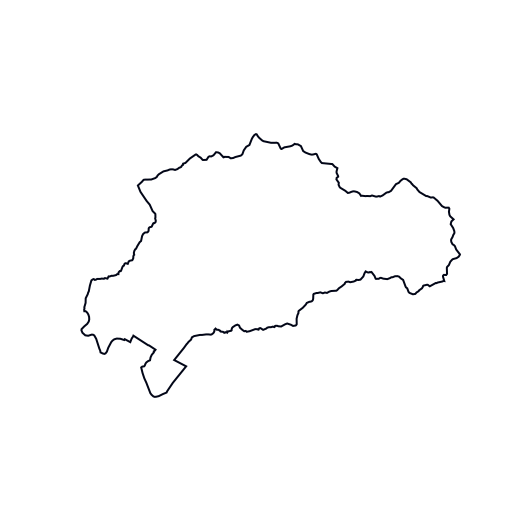 Atel, Sibiu, Romania, rotated 236°
{"feature_id": "2599482B64113927200827", "entity_name": "Atel", "entity_type": "district", "adm_level": 2, "iso_a3": "ROU", "parent_name": "Romania", "parent_adm1": "Sibiu", "projection": "robinson", "projection_center": [24.475, 46.158], "detail": "fine", "context": "isolated", "style": "outline", "palette": "ink", "viewbox_px": 512, "rotation_deg": 236, "n_neighbors": 0, "source": "geoboundaries", "source_scale": "gbopen_adm2", "svg_char_len": 6114}
<svg xmlns="http://www.w3.org/2000/svg" viewBox="0 0 512 512"><g transform="rotate(236 256 256)"><path d="M175.9,440.3L180.3,439.2L182.0,439.4L184.8,440.7L187.0,442.7L188.3,442.8L190.2,439.9L191.4,439.1L193.4,438.1L200.1,437.4L205.1,436.0L205.7,435.5L206.7,433.6L209.9,431.5L210.5,430.6L217.6,427.3L221.0,426.9L222.3,427.1L227.0,425.7L228.3,425.7L228.8,425.4L230.5,425.5L235.4,423.8L237.4,421.9L237.7,420.5L237.5,417.8L236.8,415.3L237.3,412.2L234.5,404.4L234.7,401.7L235.3,400.6L235.6,399.4L235.4,394.8L235.9,392.1L236.9,391.5L237.7,389.3L238.3,388.5L241.3,386.0L241.7,384.2L243.8,381.4L244.2,380.5L247.0,377.2L247.1,376.7L250.1,376.7L252.5,375.6L254.4,373.9L255.3,372.7L255.9,370.8L256.2,369.0L256.9,367.4L260.1,366.5L265.5,364.0L266.5,363.9L268.9,364.3L270.4,365.6L274.5,365.5L275.7,366.6L275.8,368.5L276.4,368.8L279.9,369.3L281.1,370.1L283.3,372.6L286.1,371.2L289.5,370.7L296.2,362.6L297.6,362.3L301.4,362.3L306.3,363.2L306.9,363.0L307.3,362.7L308.3,359.9L309.1,358.6L310.8,357.1L314.2,354.8L316.6,353.8L322.0,354.7L325.2,353.1L326.4,351.5L327.4,350.7L327.2,349.4L327.3,347.5L327.8,345.7L330.2,340.3L330.4,337.1L330.6,336.8L331.5,336.6L336.7,337.4L337.6,337.1L338.7,336.1L339.1,335.2L341.5,331.7L347.0,326.4L348.4,325.7L352.3,324.7L354.2,324.5L356.5,324.6L357.1,324.1L357.2,322.3L356.3,319.7L355.4,318.0L351.7,312.6L352.0,309.0L350.4,304.9L348.1,301.8L347.7,300.1L347.8,299.3L349.6,294.2L350.0,291.9L351.1,289.7L353.4,288.7L355.9,285.2L355.7,285.1L356.0,284.2L361.4,283.4L363.0,282.5L364.4,280.9L363.4,277.6L363.3,276.5L363.6,274.5L364.6,273.3L364.8,272.1L363.4,268.8L364.8,266.4L365.5,265.5L368.5,265.1L370.9,264.0L372.7,263.7L373.7,263.2L373.9,262.7L373.8,255.7L372.6,249.5L373.3,247.2L372.4,246.5L372.4,245.1L371.7,243.8L371.8,242.7L372.1,241.9L372.0,239.4L372.6,237.0L374.4,235.5L375.5,233.8L376.0,232.7L376.4,230.6L377.9,226.6L378.1,221.2L377.7,219.2L377.1,218.3L376.9,216.2L378.0,211.9L381.5,206.5L382.0,205.4L381.3,202.8L380.5,197.5L373.8,196.1L362.7,196.1L358.0,196.6L351.0,195.4L347.4,196.1L347.0,196.0L344.2,194.2L343.7,193.5L341.2,192.6L340.3,191.7L340.0,190.2L340.5,189.6L340.5,189.0L338.7,186.0L338.7,185.5L339.3,183.9L339.2,183.1L338.9,182.5L336.9,181.0L336.4,179.8L336.4,179.0L337.3,177.6L337.6,176.8L337.3,174.6L336.2,172.7L332.7,169.1L332.5,167.3L330.6,163.2L329.1,160.6L329.1,159.6L328.2,157.9L326.8,156.4L325.1,155.7L325.0,155.0L324.4,154.2L322.8,153.0L321.9,151.6L321.7,151.0L322.6,148.9L322.7,147.5L321.2,145.3L322.8,144.1L323.1,143.1L322.9,142.4L321.9,141.1L322.0,140.0L321.6,139.2L319.2,135.8L319.1,135.3L319.7,134.6L319.3,133.1L318.9,132.5L317.9,131.8L318.6,130.7L318.4,129.5L318.8,128.3L319.6,126.2L320.3,125.4L320.9,123.1L321.5,122.4L320.3,120.2L322.0,118.6L322.3,118.0L322.1,117.4L322.3,117.0L323.6,115.4L323.9,114.4L325.8,111.5L325.9,110.1L326.3,109.0L327.6,108.6L327.9,107.5L327.8,105.9L324.4,101.8L320.0,97.4L319.7,96.6L318.4,95.1L316.2,91.2L312.4,88.5L309.5,85.0L308.6,84.6L307.6,83.5L306.2,82.8L305.6,83.8L304.9,84.1L303.4,84.4L301.3,84.3L298.9,83.6L296.7,82.3L295.2,80.7L294.1,78.1L293.7,74.3L292.9,70.5L292.0,69.7L289.4,69.2L285.7,70.1L283.7,72.3L282.7,75.8L282.0,76.8L280.6,77.5L276.7,77.2L266.7,74.3L264.9,74.0L263.0,73.2L260.8,74.5L259.6,75.6L259.4,76.8L260.1,78.9L262.6,82.3L265.6,87.9L266.1,89.8L266.2,91.9L265.4,94.4L263.3,97.2L260.0,99.8L260.4,100.7L254.9,103.6L257.1,106.8L258.0,109.1L258.5,109.8L242.3,116.7L241.9,117.2L240.1,118.0L234.5,120.3L234.1,119.3L234.1,117.9L233.2,117.4L232.4,114.4L230.9,111.9L228.8,109.8L229.2,107.9L229.1,105.6L228.6,104.3L227.3,102.4L227.1,101.5L227.9,99.9L227.8,98.5L222.4,96.5L217.0,95.0L212.2,94.2L201.3,91.7L199.4,91.8L197.0,92.4L195.9,93.2L195.2,94.4L194.2,97.0L193.6,101.6L192.8,105.5L193.6,106.8L197.4,116.2L203.6,136.4L215.5,130.0L220.1,144.8L221.8,149.4L221.8,149.9L222.5,151.9L223.0,155.4L224.4,157.4L224.2,159.9L221.9,165.4L220.8,167.0L218.8,171.0L217.7,172.6L216.1,174.5L215.8,175.4L215.9,177.3L216.2,178.3L217.1,179.6L218.1,180.2L218.4,181.8L217.8,181.8L217.6,182.1L216.9,182.2L215.6,183.8L214.4,184.1L214.1,184.5L213.2,184.4L211.5,186.3L210.1,186.7L210.1,187.5L209.7,187.8L209.8,188.2L209.3,188.7L209.3,189.1L208.9,189.2L209.2,189.6L208.7,189.6L209.1,190.6L207.9,193.6L208.0,194.2L208.8,194.7L209.8,196.1L210.0,196.9L210.0,200.1L209.5,202.2L207.8,203.1L205.5,202.6L202.3,203.4L200.2,204.2L199.6,205.6L198.4,205.9L197.2,208.7L195.8,214.5L194.3,216.5L193.7,216.6L193.5,216.9L194.2,218.1L194.1,218.7L193.7,219.4L190.8,220.6L190.1,224.0L190.3,225.3L189.7,227.0L188.6,228.6L188.0,230.5L186.8,231.4L186.8,231.8L187.3,232.4L187.1,233.4L186.3,234.5L185.2,235.3L183.5,237.4L183.1,242.0L182.6,244.1L179.5,246.5L177.3,247.6L176.2,250.0L176.3,250.8L176.7,251.6L181.3,254.6L183.8,257.3L185.0,259.3L186.1,260.0L186.6,260.7L186.9,265.7L187.9,270.2L188.7,271.8L188.2,274.6L187.6,275.8L187.3,276.9L187.4,277.7L187.7,278.5L188.6,279.5L192.0,282.0L192.3,282.7L191.5,285.4L190.8,286.5L189.9,289.0L187.7,290.6L187.2,292.7L185.7,294.2L185.5,296.8L184.9,298.8L182.3,303.2L182.3,304.2L182.9,306.8L182.9,310.0L183.3,314.0L183.9,314.7L184.2,316.2L183.0,318.4L181.6,319.4L180.2,322.7L179.8,325.0L180.2,325.4L180.2,325.9L178.8,327.5L178.0,329.4L179.0,333.5L181.0,336.3L181.9,338.3L180.2,339.2L179.2,340.3L179.1,341.2L178.6,341.6L178.4,342.6L178.1,342.8L173.2,343.1L170.3,342.5L170.0,342.6L168.5,345.0L168.4,346.7L168.0,347.4L166.1,348.8L163.4,351.9L162.7,355.0L162.7,356.3L162.0,357.4L161.5,359.9L160.2,362.0L158.8,363.1L156.6,363.5L153.9,364.6L147.0,362.9L146.2,362.8L144.6,363.3L141.0,362.4L139.6,362.6L136.5,364.7L135.5,366.9L136.0,368.7L135.9,371.2L136.3,371.9L136.4,375.5L137.2,377.2L137.7,377.7L137.8,378.3L136.5,381.8L136.0,382.3L133.7,383.1L133.1,389.9L132.6,390.4L132.4,391.8L130.7,396.1L130.4,397.7L130.0,398.1L134.4,399.5L135.1,400.1L135.3,401.2L133.9,403.0L134.4,404.4L139.5,407.6L140.1,408.4L140.6,410.8L142.6,413.9L143.3,416.7L143.3,417.5L142.1,421.1L142.1,423.6L142.9,425.5L143.3,426.0L149.4,425.6L152.9,426.4L154.3,426.2L155.8,425.5L158.5,425.8L159.9,426.5L160.6,427.1L161.8,429.5L163.3,431.6L163.8,432.9L164.3,433.5L165.7,434.3L168.9,435.1L173.5,435.2L175.4,437.3L175.9,440.3Z" fill="none" stroke="#020617" stroke-width="2"/></g></svg>